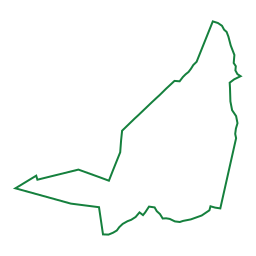 Januário Cicco, Rio Grande do Norte, Brazil
{"feature_id": "56859067B41568105980397", "entity_name": "Januário Cicco", "entity_type": "district", "adm_level": 2, "iso_a3": "BRA", "parent_name": "Brazil", "parent_adm1": "Rio Grande do Norte", "projection": "robinson", "projection_center": [-35.596, -6.134], "detail": "fine", "context": "isolated", "style": "outline", "palette": "green", "viewbox_px": 256, "rotation_deg": 0, "n_neighbors": 0, "source": "geoboundaries", "source_scale": "gbopen_adm2", "svg_char_len": 1028}
<svg xmlns="http://www.w3.org/2000/svg" viewBox="0 0 256 256"><path d="M196.6,61.8L193.3,65.0L191.0,68.7L188.5,72.0L185.6,74.3L182.9,77.0L179.6,81.3L174.5,80.9L166.2,88.6L159.5,95.2L156.3,98.1L151.9,102.2L138.1,115.4L134.7,118.5L122.1,130.7L121.1,140.3L120.2,152.3L112.9,170.5L108.9,180.7L99.5,177.2L78.4,169.6L37.4,179.7L36.2,175.7L15.4,188.3L70.8,203.6L99.0,207.2L103.0,234.4L108.5,234.6L113.1,232.7L116.8,230.5L119.3,227.1L122.7,223.9L127.5,221.2L131.2,219.8L135.6,217.0L139.5,212.4L143.0,215.1L145.2,212.4L149.0,206.6L154.6,207.4L156.8,211.2L160.0,214.1L162.7,218.5L166.1,218.3L169.7,218.9L174.9,221.4L179.8,222.0L183.1,220.9L190.8,219.4L201.7,215.5L209.4,210.3L210.5,206.3L215.1,207.6L220.3,208.4L236.1,138.2L235.2,133.9L235.9,128.6L237.5,123.2L236.1,116.1L232.1,110.2L230.4,101.4L230.0,88.1L229.7,82.7L234.2,79.3L240.6,76.2L237.4,74.1L235.4,70.4L235.8,66.2L233.7,63.0L234.4,55.0L230.7,45.4L228.4,36.6L226.6,31.9L224.1,29.7L222.0,25.8L217.9,23.0L212.8,21.4L196.6,61.8Z" fill="none" stroke="#15803d" stroke-width="2"/></svg>